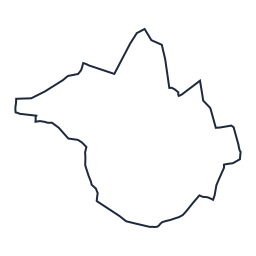 the district of Ezeagu, Enugu, Nigeria
{"feature_id": "59680162B4656907626813", "entity_name": "Ezeagu", "entity_type": "district", "adm_level": 2, "iso_a3": "NGA", "parent_name": "Nigeria", "parent_adm1": "Enugu", "projection": "orthographic", "projection_center": [7.222, 6.418], "detail": "fine", "context": "isolated", "style": "outline", "palette": "slate", "viewbox_px": 256, "rotation_deg": 0, "n_neighbors": 0, "source": "geoboundaries", "source_scale": "gbopen_adm2", "svg_char_len": 1489}
<svg xmlns="http://www.w3.org/2000/svg" viewBox="0 0 256 256"><path d="M179.0,217.1L182.8,215.0L185.6,212.0L188.6,208.3L193.4,202.4L199.4,195.4L201.5,196.3L203.0,196.9L205.2,197.0L207.7,197.3L211.2,198.8L213.1,199.8L214.6,195.3L216.4,185.2L219.1,178.8L221.3,173.9L224.0,167.8L224.0,164.6L227.1,164.0L232.9,163.2L239.9,159.2L240.1,157.0L240.6,151.8L240.1,151.2L239.6,150.3L238.4,145.0L238.5,144.9L233.6,127.2L231.3,125.6L220.1,127.5L215.8,127.8L210.6,109.0L210.1,107.8L203.2,100.6L202.3,94.8L200.0,80.7L181.8,94.5L178.8,95.9L178.2,94.6L178.3,92.3L174.9,89.5L171.8,87.8L169.3,87.9L165.2,59.3L161.8,44.8L151.4,40.2L144.6,29.0L136.8,33.1L130.2,43.5L114.3,73.9L88.8,65.4L86.7,64.3L84.8,63.5L83.2,63.1L82.0,67.5L81.1,70.2L79.7,72.0L78.0,74.0L68.2,75.9L66.7,76.9L63.1,80.0L44.8,91.5L31.2,98.3L16.2,98.8L16.0,103.2L15.4,107.1L15.4,110.1L15.6,112.4L17.4,112.8L19.7,113.8L23.2,114.2L36.3,115.7L35.6,117.3L35.7,119.6L35.5,121.7L40.0,121.1L45.0,121.9L46.6,122.5L48.7,122.8L51.9,122.7L58.6,127.6L67.4,137.5L68.3,138.5L78.0,139.9L82.1,142.6L86.4,147.0L85.1,152.3L85.4,157.7L85.2,165.2L86.8,170.3L88.6,175.8L90.8,181.3L91.7,184.8L95.9,188.6L97.7,193.3L97.3,195.6L96.7,200.9L96.8,201.1L100.1,203.3L107.1,207.9L113.2,211.9L119.6,216.1L126.2,221.3L134.9,223.4L149.8,226.9L152.6,226.8L153.9,227.0L154.0,227.0L155.8,226.9L157.3,226.7L158.6,225.8L160.9,223.2L162.2,222.2L162.3,222.2L163.6,221.7L166.0,221.0L166.4,220.9L170.2,220.0L175.2,218.3L179.0,217.1Z" fill="none" stroke="#1e293b" stroke-width="2"/></svg>